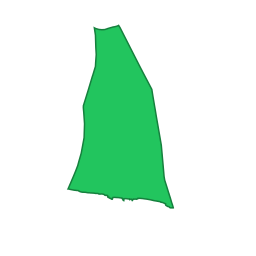 Sayhut, Al Mahrah, Yemen (Robinson projection), rotated 31°
{"feature_id": "15242507B57333459501301", "entity_name": "Sayhut", "entity_type": "district", "adm_level": 2, "iso_a3": "YEM", "parent_name": "Yemen", "parent_adm1": "Al Mahrah", "projection": "robinson", "projection_center": [51.308, 15.527], "detail": "fine", "context": "isolated", "style": "filled", "palette": "green", "viewbox_px": 256, "rotation_deg": 31, "n_neighbors": 0, "source": "geoboundaries", "source_scale": "gbopen_adm2", "svg_char_len": 3211}
<svg xmlns="http://www.w3.org/2000/svg" viewBox="0 0 256 256"><g transform="rotate(31 128 128)"><path d="M47.6,59.5L52.3,65.2L58.8,75.3L63.0,81.5L66.8,89.0L68.4,92.0L70.7,101.1L70.8,101.8L74.5,116.3L78.3,131.9L79.2,133.5L80.4,135.2L81.9,137.2L88.6,146.8L94.9,158.1L95.4,159.0L100.9,173.7L103.1,181.9L104.3,186.2L105.0,190.2L105.2,191.2L106.0,196.4L107.1,204.3L107.2,204.9L107.3,206.0L107.7,208.7L107.8,209.6L107.9,210.3L108.0,210.8L108.0,211.1L108.4,210.9L109.8,210.5L110.9,210.1L113.9,209.0L115.2,208.4L116.6,207.8L117.4,207.3L117.8,207.3L118.1,207.4L118.7,207.3L119.0,207.2L119.4,207.2L119.6,207.3L121.2,206.8L121.8,206.6L123.4,205.7L124.4,205.2L124.7,205.0L125.6,204.7L127.1,204.1L127.5,203.9L128.0,203.5L128.9,203.2L130.0,202.6L132.5,201.3L134.1,200.7L134.6,200.4L135.1,200.0L136.7,199.4L136.9,199.5L137.1,199.6L138.3,198.9L138.8,198.5L139.4,198.1L140.1,197.8L140.5,197.6L140.8,197.6L141.2,197.4L141.5,197.3L141.8,197.4L142.1,197.3L142.4,197.5L142.7,197.5L143.2,197.5L143.3,197.2L143.8,197.0L144.4,196.6L144.9,196.5L145.2,196.6L145.4,196.5L145.6,196.8L145.5,197.0L145.8,197.3L146.3,197.6L146.5,197.7L146.8,197.7L147.0,197.4L147.1,197.2L147.2,197.3L147.5,197.5L148.1,197.6L148.5,197.5L148.9,197.5L149.2,197.5L149.4,197.3L149.6,197.2L150.0,197.2L150.4,197.5L151.1,197.3L151.2,197.2L151.2,196.9L151.2,196.7L151.0,196.3L150.8,196.0L150.9,195.8L150.9,195.5L150.9,195.3L152.3,194.3L153.6,193.7L155.6,192.6L157.5,191.8L158.6,191.3L158.9,191.2L159.1,191.2L159.0,191.4L159.2,191.5L159.5,191.5L159.9,191.7L160.2,191.7L160.5,192.0L160.8,192.2L161.2,192.5L161.4,192.5L161.8,192.4L161.7,192.2L161.4,191.8L161.2,191.7L161.3,191.5L161.2,191.3L161.2,191.1L161.0,190.9L161.3,190.5L161.7,190.1L162.3,189.8L163.8,189.0L164.0,189.0L165.0,188.5L165.5,188.1L165.7,188.4L166.0,188.4L166.4,188.5L166.4,188.2L166.6,188.0L166.7,187.8L167.9,187.1L168.1,187.2L168.3,187.3L168.4,187.5L168.6,187.8L169.0,188.0L169.1,187.8L169.0,187.5L169.0,187.2L169.1,186.9L169.2,186.7L169.2,186.3L169.4,186.0L169.8,185.9L171.0,185.1L171.5,184.8L172.0,184.7L172.3,184.3L172.4,184.1L172.4,183.9L172.6,183.8L172.6,183.6L172.6,183.4L172.9,183.4L173.1,183.2L173.1,182.9L173.9,182.4L174.9,181.9L177.2,180.8L178.7,180.2L180.7,179.3L184.4,177.9L187.6,176.9L190.1,175.9L193.9,174.5L194.4,174.7L195.8,174.1L196.9,173.9L198.2,173.8L199.3,173.6L199.4,173.9L199.8,174.5L200.4,174.8L201.6,174.8L202.5,174.8L203.2,174.5L203.8,174.4L204.8,174.7L205.2,174.6L205.3,174.6L205.6,174.5L206.1,174.3L206.8,173.7L207.4,173.4L207.9,173.3L208.4,173.5L207.4,172.6L206.8,172.0L206.0,171.3L205.7,171.0L204.0,169.6L200.1,166.0L198.7,164.8L197.1,163.4L196.6,163.0L196.6,162.9L196.4,162.8L192.3,159.1L186.4,153.9L183.9,151.0L177.0,141.5L165.4,125.6L161.0,120.5L145.7,102.8L142.4,98.9L139.8,95.9L132.1,86.9L128.5,82.6L127.0,81.7L112.0,72.6L105.5,68.6L88.2,57.8L69.5,46.1L67.1,44.9L66.7,45.6L66.2,46.2L65.7,46.8L65.1,47.4L64.6,47.9L64.1,48.4L63.3,49.0L62.8,49.5L62.3,50.1L61.9,50.5L61.3,51.1L60.9,51.6L60.3,52.2L59.8,52.8L59.3,53.3L58.9,53.9L58.4,54.4L58.0,54.9L57.5,55.5L56.8,56.0L56.2,56.4L55.3,57.0L54.7,57.4L53.9,57.7L53.3,58.1L52.5,58.4L51.7,58.7L51.1,58.9L50.4,59.0L49.8,59.2L49.1,59.4L48.4,59.4L47.7,59.5L47.6,59.5Z" fill="#22c55e" stroke="#15803d" stroke-width="1.5"/></g></svg>